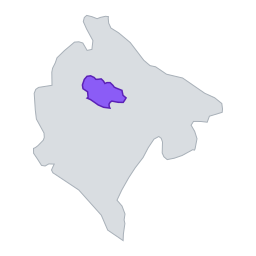 location of Šavnik within Montenegro
{"feature_id": "MNE-1519", "entity_name": "Šavnik", "entity_type": "Municipality", "adm_level": 1, "iso_a3": "MNE", "parent_name": "Montenegro", "parent_adm1": "", "projection": "mercator", "projection_center": [19.144, 42.978], "detail": "fine", "context": "in_parent", "style": "filled", "palette": "violet", "viewbox_px": 256, "rotation_deg": 0, "n_neighbors": 0, "source": "natural_earth", "source_scale": "10m", "svg_char_len": 1623}
<svg xmlns="http://www.w3.org/2000/svg" viewBox="0 0 256 256"><path d="M108.4,16.6L108.2,18.3L108.7,23.2L110.9,28.0L118.7,32.9L130.2,42.5L143.8,60.3L150.0,65.6L155.6,66.8L166.5,74.2L174.1,76.0L182.6,78.0L204.8,93.3L214.7,97.8L221.8,103.5L222.5,108.9L222.2,112.3L209.4,116.2L207.2,122.2L201.0,121.5L193.5,121.4L191.1,125.2L194.7,131.4L197.0,138.7L195.1,148.7L194.5,150.1L192.7,149.7L182.1,155.5L174.3,158.2L167.2,159.6L163.9,156.8L162.2,153.0L162.5,142.0L161.2,138.3L158.8,136.5L154.0,139.1L148.3,147.6L143.1,157.5L135.2,167.8L128.8,177.6L121.8,190.0L117.0,200.2L122.0,206.0L125.0,214.0L124.1,220.0L124.9,223.5L123.4,234.0L123.1,240.6L107.7,230.1L101.3,215.2L78.8,190.0L52.9,172.8L51.5,170.0L53.0,166.7L54.2,164.1L48.8,163.9L45.1,166.0L41.5,165.4L37.4,158.9L33.6,153.3L33.5,148.4L35.2,147.7L37.8,145.8L43.2,140.3L44.3,137.4L44.0,133.0L36.4,119.1L35.3,110.1L34.2,93.3L35.8,89.3L38.6,87.4L52.0,85.3L51.8,72.2L52.6,68.2L55.3,62.8L57.0,57.8L64.4,50.6L74.5,42.1L78.9,41.8L82.8,43.0L87.1,50.4L91.9,49.4L92.9,40.6L86.6,29.0L83.3,21.6L84.3,17.5L86.7,15.4L92.0,16.7L97.1,18.7L100.4,17.4L105.5,16.3L108.4,16.6Z" fill="#d9dde1" stroke="#a8b0b8" stroke-width="1"/><path d="M91.7,76.3L94.2,77.5L95.8,79.3L97.9,79.3L101.2,78.9L103.5,81.1L104.9,83.5L107.0,82.6L110.1,82.6L112.9,85.3L114.2,87.1L116.0,88.0L122.0,90.4L122.0,90.7L123.0,95.3L126.1,97.9L124.7,100.2L123.2,102.4L118.2,102.3L111.8,101.1L110.1,102.3L109.0,104.2L109.2,106.4L109.9,108.1L103.6,107.3L98.1,104.9L94.9,102.6L90.5,99.6L87.1,98.1L88.1,97.3L87.6,91.8L83.0,88.7L82.4,85.0L84.3,79.4L87.0,76.3L90.6,75.8L91.7,76.3Z" fill="#8b5cf6" stroke="#5b21b6" stroke-width="1.5"/></svg>